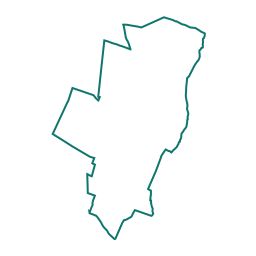 the district of San Salvador Huixcolotla, Puebla, Mexico, rotated 1°
{"feature_id": "50627088B91886188912905", "entity_name": "San Salvador Huixcolotla", "entity_type": "district", "adm_level": 2, "iso_a3": "MEX", "parent_name": "Mexico", "parent_adm1": "Puebla", "projection": "natural_earth1", "projection_center": [-97.766, 18.923], "detail": "fine", "context": "isolated", "style": "outline", "palette": "teal", "viewbox_px": 256, "rotation_deg": 1, "n_neighbors": 0, "source": "geoboundaries", "source_scale": "gbopen_adm2", "svg_char_len": 3003}
<svg xmlns="http://www.w3.org/2000/svg" viewBox="0 0 256 256"><g transform="rotate(1 128 128)"><path d="M90.8,212.1L91.1,213.9L91.4,213.9L97.2,216.1L97.7,216.3L99.5,218.3L100.9,220.3L101.3,220.9L102.5,222.5L103.9,225.2L104.6,226.3L105.2,227.2L106.7,228.8L108.0,230.1L108.9,231.0L109.3,231.7L110.0,233.1L110.9,234.3L111.4,234.8L112.4,235.7L113.7,236.8L115.6,238.6L116.4,239.2L116.8,239.3L117.4,238.8L123.9,223.1L125.6,220.2L127.2,219.9L128.5,219.3L132.9,216.7L135.2,211.9L136.1,210.5L136.2,210.2L136.3,210.0L148.9,214.1L152.1,215.2L152.8,215.4L153.6,215.0L154.7,213.3L154.6,213.0L153.9,211.0L154.1,208.2L153.9,207.7L153.3,206.4L153.2,206.2L152.4,202.8L152.3,200.1L151.5,199.9L151.7,197.0L152.1,193.7L152.0,191.8L152.0,191.2L152.0,190.2L150.7,189.6L149.1,188.7L156.6,170.6L161.1,157.9L161.9,155.2L164.6,150.9L166.1,148.8L168.9,150.3L170.3,150.5L171.8,151.7L173.1,150.1L174.5,148.7L175.7,147.5L176.7,146.6L177.2,145.9L177.7,144.8L178.1,144.1L178.6,143.5L178.8,142.7L178.9,141.9L179.4,141.1L179.7,141.1L180.0,140.9L180.2,140.1L180.2,139.4L180.3,139.0L181.3,137.1L181.4,134.7L181.7,132.5L182.6,131.4L183.3,130.4L183.8,129.3L184.3,128.6L185.1,127.7L185.5,127.1L186.0,126.4L186.5,125.2L186.7,123.4L186.9,122.2L187.1,120.3L187.1,119.0L187.4,118.2L187.7,117.9L187.5,117.4L187.3,116.8L187.5,115.6L187.8,114.3L188.0,113.4L187.9,111.7L187.6,110.7L187.3,109.8L186.8,108.6L186.8,107.1L186.9,105.8L187.1,104.3L186.9,103.5L186.7,102.5L186.7,101.5L186.4,100.9L186.1,100.0L185.9,98.8L185.7,97.7L185.4,96.6L185.2,93.5L185.4,92.0L185.4,90.4L185.5,86.0L185.7,84.0L185.9,82.0L186.0,80.8L186.0,80.6L186.3,77.0L188.1,75.3L189.8,71.8L192.8,65.6L194.3,62.9L195.0,61.9L195.9,60.5L197.0,59.3L197.8,57.8L198.2,56.5L198.5,55.4L198.4,53.8L198.2,52.2L198.1,51.2L198.0,50.0L198.1,49.2L198.8,48.5L199.3,48.1L199.6,47.5L200.0,46.7L200.4,46.5L200.9,46.5L201.4,46.2L201.4,44.2L201.2,43.3L201.3,42.5L201.5,42.0L201.4,39.7L201.4,38.6L201.4,37.6L201.8,37.1L202.4,36.7L202.6,36.1L202.9,34.8L203.1,33.9L203.2,32.4L203.1,32.1L201.6,31.4L199.0,30.2L198.0,29.4L193.5,26.8L188.7,26.4L188.2,26.3L185.7,25.1L183.0,23.9L180.4,23.4L174.4,20.4L173.4,20.5L171.4,19.4L162.0,16.7L139.7,27.2L137.8,26.9L136.9,26.6L130.2,25.6L127.0,25.1L124.4,24.7L121.5,24.8L121.8,25.5L122.1,26.7L122.5,28.5L123.0,31.0L123.3,32.4L124.0,36.5L124.4,38.1L125.0,39.3L125.6,40.5L125.9,40.9L126.6,42.1L127.0,43.1L127.6,44.6L128.1,46.3L128.5,47.5L129.0,48.7L129.0,49.3L121.1,46.5L117.9,45.6L116.1,44.8L110.9,43.4L106.4,41.8L102.8,40.8L100.8,62.8L97.7,97.3L99.2,97.6L98.2,100.2L97.8,101.0L95.3,98.8L93.1,95.9L90.8,95.1L90.2,94.9L71.8,89.0L67.6,102.5L66.9,103.5L58.4,122.7L52.8,135.3L63.3,141.6L73.1,147.6L90.6,157.5L94.8,158.6L92.9,163.9L94.3,164.6L95.6,165.2L92.6,176.9L92.2,176.8L91.1,176.3L88.1,174.8L88.1,175.5L88.3,179.1L88.3,180.3L88.5,183.5L88.8,191.0L88.9,193.7L89.3,193.9L90.6,194.3L91.5,194.6L95.2,195.9L96.1,196.2L94.9,199.5L94.2,201.4L93.8,204.0L94.0,205.5L93.1,207.4L92.3,209.6L91.8,210.9L91.3,212.5L90.8,212.1Z" fill="none" stroke="#0f766e" stroke-width="2"/></g></svg>